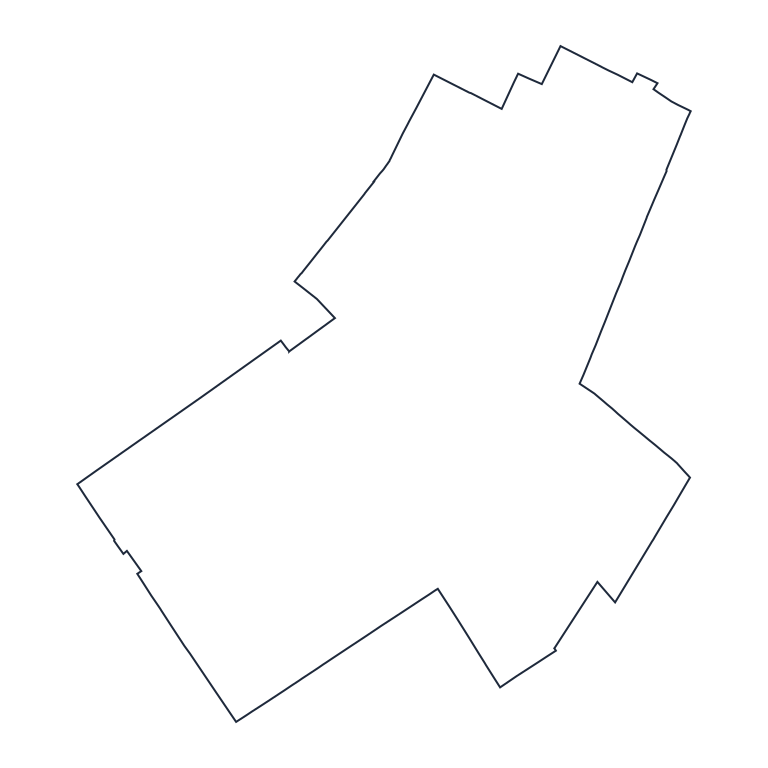 Bradeanu, Buzau, Romania (Albers equal-area conic projection)
{"feature_id": "2599482B91105412745830", "entity_name": "Bradeanu", "entity_type": "district", "adm_level": 2, "iso_a3": "ROU", "parent_name": "Romania", "parent_adm1": "Buzau", "projection": "albers", "projection_center": [26.862, 44.9], "detail": "fine", "context": "isolated", "style": "outline", "palette": "slate", "viewbox_px": 768, "rotation_deg": 0, "n_neighbors": 0, "source": "geoboundaries", "source_scale": "gbopen_adm2", "svg_char_len": 2811}
<svg xmlns="http://www.w3.org/2000/svg" viewBox="0 0 768 768"><path d="M555.9,650.7L555.3,649.7L554.3,648.3L554.6,648.0L563.8,633.8L597.4,581.9L615.1,602.4L621.1,592.5L650.8,543.5L651.8,541.8L653.4,539.4L654.3,537.8L654.8,536.9L666.5,517.2L673.8,505.2L678.1,497.8L685.9,484.5L689.5,478.4L690.0,477.6L688.5,475.9L684.5,471.6L679.1,465.6L678.0,464.4L677.0,463.2L671.6,458.5L664.3,452.7L655.8,445.5L649.6,440.5L641.3,433.6L634.3,427.9L630.4,424.6L628.6,423.0L625.6,420.4L618.1,414.0L612.1,408.5L611.0,407.6L607.2,404.5L602.8,400.7L595.1,394.2L594.6,393.7L579.6,383.7L583.5,374.8L587.1,366.0L590.5,357.7L591.7,354.4L595.7,345.1L601.2,331.0L604.9,321.9L616.2,293.1L620.7,282.5L622.8,276.8L625.3,270.4L629.1,261.3L631.4,255.5L634.9,246.6L636.9,241.8L639.9,235.0L646.7,217.7L646.8,217.1L650.1,209.4L654.1,199.9L658.9,188.9L664.4,176.1L666.6,171.1L666.4,169.9L666.9,168.6L676.6,145.0L679.3,138.2L680.2,135.9L680.7,134.9L680.9,134.3L682.4,130.5L684.7,124.7L687.3,118.3L689.1,114.6L689.5,113.8L689.7,113.2L690.3,112.0L690.5,111.6L690.7,111.2L687.9,109.7L680.0,105.9L678.1,105.0L671.3,101.4L666.2,97.9L658.6,92.8L653.5,89.2L657.5,83.2L650.7,79.8L647.3,78.2L637.1,73.4L632.3,82.2L617.8,74.8L608.6,70.5L602.0,67.2L601.7,67.0L585.6,58.8L560.5,46.1L541.8,84.1L528.8,78.5L518.1,73.7L517.2,75.5L516.6,76.8L513.9,82.4L501.7,108.9L485.1,100.4L470.9,93.1L469.4,92.7L433.8,74.6L416.3,108.0L409.0,121.6L407.9,123.8L402.7,133.6L401.1,136.9L399.4,140.4L399.2,140.8L395.9,147.6L392.1,155.4L390.8,158.2L389.8,160.0L389.3,161.4L388.5,162.3L387.8,163.4L386.1,165.7L383.7,169.2L382.2,171.0L380.0,173.4L373.6,181.6L374.0,181.8L365.0,193.1L364.3,194.2L327.5,240.7L326.6,241.5L321.6,247.9L316.5,254.3L309.8,262.8L307.0,266.3L303.9,270.2L301.5,273.3L301.3,273.4L300.4,274.2L299.2,275.8L298.6,276.5L297.5,277.8L297.0,278.5L295.3,280.6L294.6,281.5L296.9,283.3L300.4,286.0L316.9,299.0L334.9,318.1L289.5,351.2L289.2,351.5L289.2,351.4L286.8,348.5L285.1,346.4L284.8,345.9L280.8,340.6L254.5,359.3L201.7,396.9L189.3,405.6L140.7,439.6L140.1,440.0L102.2,466.6L96.9,470.3L77.3,484.2L78.7,486.2L85.1,496.0L99.6,517.8L114.5,539.5L114.1,540.8L117.6,545.8L123.4,553.9L126.9,550.9L141.3,571.1L137.3,573.8L143.8,583.9L151.4,595.8L157.3,604.4L160.0,608.4L160.9,609.8L161.1,610.2L172.0,627.0L184.3,645.8L184.8,646.5L189.9,653.5L196.9,663.9L216.7,693.3L236.1,721.9L247.4,714.6L252.0,711.5L263.2,704.3L284.5,690.3L291.6,685.5L298.8,680.8L302.1,678.5L312.0,672.0L318.8,667.5L323.4,664.3L325.6,662.9L330.8,659.4L352.2,645.2L366.6,635.7L381.3,625.8L397.9,615.0L404.3,610.8L417.2,602.3L422.2,599.0L423.6,598.1L429.3,594.4L434.9,590.6L437.8,588.8L449.7,607.1L457.6,619.5L468.9,637.5L478.7,653.4L484.8,663.1L485.9,665.0L495.0,679.4L500.1,687.4L516.8,676.0L525.8,670.2L534.8,664.4L537.9,662.4L546.9,656.5L555.9,650.7Z" fill="none" stroke="#1e293b" stroke-width="2"/></svg>